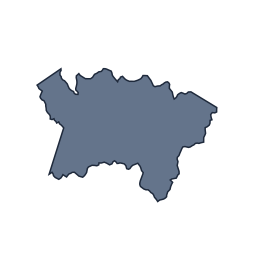 outline of Itapiúna, Ceará, Brazil, rotated 339°
{"feature_id": "56859067B46365761499950", "entity_name": "Itapiúna", "entity_type": "district", "adm_level": 2, "iso_a3": "BRA", "parent_name": "Brazil", "parent_adm1": "Ceará", "projection": "robinson", "projection_center": [-38.958, -4.601], "detail": "fine", "context": "isolated", "style": "filled", "palette": "slate", "viewbox_px": 256, "rotation_deg": 339, "n_neighbors": 0, "source": "geoboundaries", "source_scale": "gbopen_adm2", "svg_char_len": 3086}
<svg xmlns="http://www.w3.org/2000/svg" viewBox="0 0 256 256"><g transform="rotate(339 128 128)"><path d="M86.6,48.7L58.5,55.4L58.9,57.1L59.0,59.3L59.8,60.6L61.2,62.8L59.7,64.3L58.2,65.9L57.0,67.3L57.1,69.0L57.9,71.1L59.3,72.3L59.6,74.5L59.7,76.4L59.1,78.0L58.7,80.1L58.0,82.3L58.4,84.8L59.2,86.6L59.7,88.4L59.4,90.0L58.6,91.7L60.1,92.9L62.2,92.8L62.1,94.4L63.0,95.9L63.2,97.8L65.5,97.5L65.6,99.6L66.6,101.1L67.4,103.0L68.0,104.9L37.8,142.9L39.4,142.6L41.2,142.1L41.6,143.8L41.4,145.9L42.3,148.1L43.4,149.3L45.0,151.1L47.4,150.6L49.2,149.4L50.6,148.2L51.7,149.9L53.1,151.7L54.8,150.6L56.6,149.7L58.3,149.8L60.0,149.4L62.1,150.1L63.7,153.0L64.9,155.3L66.3,156.4L68.1,157.7L70.3,156.9L71.7,156.0L73.4,154.7L74.6,152.8L75.6,151.2L77.1,150.2L78.8,150.1L81.0,149.9L83.3,150.9L85.4,152.1L87.5,151.9L88.4,150.2L90.5,151.1L93.6,151.4L95.5,153.2L97.6,155.8L100.2,155.7L101.9,154.2L103.6,153.8L104.5,155.0L105.1,157.2L106.5,157.6L108.0,157.7L109.6,158.7L111.7,160.2L112.5,162.4L112.2,165.5L113.7,166.7L115.2,166.6L117.1,165.3L119.0,164.5L124.5,164.4L125.1,166.5L125.6,168.2L125.6,170.0L125.4,172.6L126.2,175.1L125.2,176.5L120.5,181.8L119.2,183.8L118.7,185.3L118.7,187.1L120.9,190.6L122.6,192.1L124.6,192.9L125.6,194.6L126.2,196.4L127.5,198.1L127.9,199.9L127.9,202.1L128.9,205.0L129.4,207.3L131.7,206.6L133.9,206.9L135.9,207.1L137.9,206.7L139.4,206.0L140.1,204.4L141.2,203.1L142.2,201.8L143.6,201.2L145.2,200.4L146.9,197.9L148.7,196.0L150.2,194.7L148.8,191.7L150.7,191.3L155.1,192.1L156.4,190.9L157.8,189.6L159.3,189.1L160.1,186.8L160.5,180.6L162.6,177.3L162.7,174.6L163.6,173.0L165.7,172.0L167.3,170.2L169.3,168.2L171.0,166.4L172.5,165.3L174.5,165.7L177.6,167.8L179.4,168.0L181.6,167.5L183.6,167.3L185.4,166.5L187.2,166.9L188.7,167.8L190.6,167.9L193.6,168.3L194.2,166.7L195.3,164.0L197.0,162.4L198.5,160.8L199.4,157.3L200.2,155.3L202.5,155.2L204.9,154.4L206.2,153.0L207.4,150.3L209.3,150.4L209.4,147.9L210.0,145.1L212.2,143.8L214.5,145.0L216.5,144.8L217.3,142.7L218.2,140.7L199.7,116.8L197.2,116.0L195.3,116.8L193.3,116.7L191.7,115.1L190.4,114.0L188.2,114.2L186.2,114.8L184.8,116.2L183.2,117.1L181.5,117.5L181.5,115.3L181.8,112.6L182.2,110.3L180.8,105.8L181.6,103.8L182.5,102.2L182.3,100.6L181.5,99.1L180.0,98.7L178.2,98.9L176.6,99.5L174.7,99.7L173.2,100.2L170.6,99.4L168.0,99.1L166.8,97.7L166.4,91.8L164.8,86.1L162.6,85.1L160.8,84.4L159.5,85.5L157.6,86.6L155.7,86.8L154.1,86.9L152.2,86.8L150.6,86.7L148.6,85.9L146.0,84.9L143.7,82.7L142.6,80.9L141.4,77.8L139.2,77.8L138.1,79.0L136.3,79.4L134.9,81.1L133.8,78.3L132.8,75.3L132.3,73.3L132.7,70.8L132.7,68.9L130.7,66.9L129.1,65.3L127.8,64.4L126.2,63.8L124.9,64.8L123.4,65.6L120.8,65.1L118.6,65.7L116.0,65.9L114.7,66.8L113.1,68.0L110.7,68.6L107.9,67.5L105.9,66.7L104.9,65.4L103.0,62.9L102.0,61.3L101.6,59.6L98.5,60.8L97.7,62.4L97.3,65.0L96.8,66.8L96.1,68.4L94.8,70.4L93.4,72.3L92.9,73.8L93.7,75.5L94.2,77.1L93.3,78.7L91.1,77.7L90.2,76.1L90.2,74.4L89.1,73.3L88.2,72.0L87.3,70.2L87.1,67.6L87.1,65.1L86.4,63.1L85.7,61.2L84.4,59.8L83.7,57.8L84.0,56.1L83.5,54.2L84.4,51.6L86.1,50.3L86.6,48.7Z" fill="#64748b" stroke="#1e293b" stroke-width="1.5"/></g></svg>